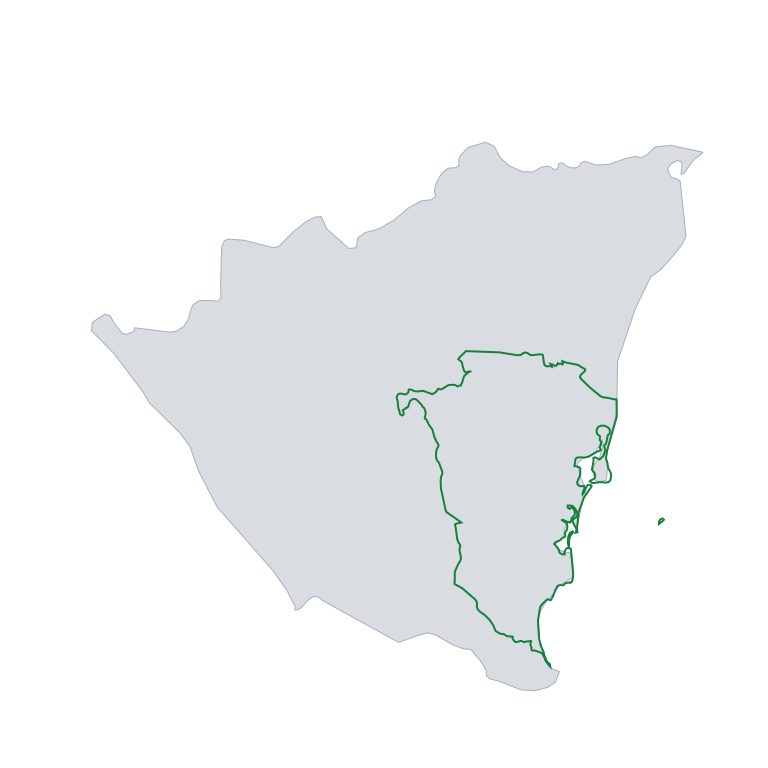 location of Atlántico Sur within Nicaragua, rotated 9°
{"feature_id": "NIC-644", "entity_name": "Atlántico Sur", "entity_type": "Autonomous Region", "adm_level": 1, "iso_a3": "NIC", "parent_name": "Nicaragua", "parent_adm1": "", "projection": "orthographic", "projection_center": [-84.133, 12.113], "detail": "fine", "context": "in_parent", "style": "outline", "palette": "green", "viewbox_px": 768, "rotation_deg": 9, "n_neighbors": 0, "source": "natural_earth", "source_scale": "10m", "svg_char_len": 8325}
<svg xmlns="http://www.w3.org/2000/svg" viewBox="0 0 768 768"><g transform="rotate(9 384 384)"><path d="M662.7,105.2L659.2,110.0L655.3,113.2L647.3,128.9L644.5,130.3L643.9,118.7L639.0,117.2L633.4,121.4L630.3,127.3L635.2,135.1L639.6,135.2L644.8,137.3L659.2,190.9L656.2,200.5L647.5,215.5L639.1,228.2L630.8,236.1L620.5,270.0L611.2,325.0L618.1,374.4L614.8,420.1L617.8,430.9L618.7,444.3L611.8,446.8L607.8,446.4L603.8,438.1L604.2,430.9L608.4,422.3L610.0,410.8L608.1,404.8L604.0,417.9L596.8,423.8L592.1,425.9L587.5,432.5L592.4,445.0L598.7,454.2L600.7,460.8L598.5,468.6L597.1,495.3L594.8,494.5L592.5,490.9L585.9,490.7L585.1,501.5L585.6,507.5L580.0,512.1L578.0,516.8L582.6,520.0L587.7,522.0L594.0,521.5L599.2,534.7L600.8,545.5L588.8,555.4L584.8,563.7L578.0,573.6L574.2,583.4L573.1,590.5L577.7,612.7L586.0,628.5L592.9,638.5L602.2,640.7L600.1,651.3L593.1,658.0L580.4,663.6L566.5,664.6L543.7,659.4L534.3,658.7L530.7,655.9L529.6,650.7L523.1,642.9L511.1,632.5L504.2,633.2L493.0,631.0L474.3,623.8L465.6,623.0L453.2,629.0L438.8,636.9L404.0,624.4L379.7,615.6L357.7,607.6L351.9,604.5L347.1,605.1L342.9,609.2L338.1,616.5L336.6,618.6L334.0,620.6L331.2,621.1L331.1,617.6L320.4,603.1L303.4,585.6L238.5,531.6L214.8,499.4L202.2,476.3L190.1,464.2L155.2,439.4L147.2,429.5L112.8,396.4L86.5,376.9L86.3,368.7L97.3,358.7L102.7,359.2L108.4,366.6L117.7,375.0L122.1,375.1L128.7,371.3L128.9,367.5L164.5,366.3L170.9,364.2L177.4,358.2L180.8,349.9L181.4,341.7L182.8,336.0L188.6,330.4L199.0,328.7L207.0,328.2L209.5,324.4L207.2,312.1L203.2,282.1L202.3,273.7L203.9,267.5L207.1,265.3L222.9,263.9L252.6,266.7L258.4,264.9L270.5,248.0L281.7,235.6L289.6,230.0L295.8,228.4L303.0,239.5L328.0,255.6L332.2,254.6L334.7,253.8L335.5,251.5L335.1,244.2L341.5,237.5L354.5,231.6L367.7,221.1L380.9,206.0L392.3,197.2L402.0,194.6L405.7,190.5L403.4,184.9L404.2,176.9L408.1,166.6L413.8,160.7L421.1,159.1L424.0,155.8L422.5,151.0L424.0,145.6L430.6,136.9L446.5,129.4L455.6,131.9L463.1,142.1L473.7,148.9L487.5,152.6L498.2,151.3L505.8,145.0L512.6,143.1L518.7,145.6L521.9,144.1L522.3,138.8L525.4,137.6L531.4,140.5L536.6,141.2L541.3,139.8L543.1,137.3L544.0,134.6L547.4,132.6L559.3,134.6L572.7,131.5L587.4,123.4L597.2,119.8L602.1,120.7L607.9,116.6L614.6,107.5L630.0,103.4L662.7,105.2Z" fill="#d9dde1" stroke="#a8b0b8" stroke-width="1"/><path d="M616.1,362.8L619.0,379.8L614.8,414.5L614.8,422.2L615.2,423.4L617.1,427.2L618.3,431.4L621.9,436.4L622.8,439.7L622.5,443.7L621.1,445.8L618.5,446.7L614.4,446.9L611.2,447.5L608.0,448.7L605.0,449.2L602.5,447.8L603.4,446.8L606.1,445.0L606.9,444.1L607.0,442.6L606.5,440.5L605.7,438.7L602.8,436.2L603.0,427.6L602.4,424.3L603.1,424.0L603.4,423.5L604.2,423.5L608.7,424.9L611.9,420.8L612.9,414.9L611.3,410.9L611.2,409.9L612.4,408.7L612.8,406.9L613.0,399.6L614.3,398.2L614.7,397.3L614.3,393.8L611.8,391.7L608.4,390.8L605.1,391.1L602.4,392.7L601.3,395.1L601.4,397.8L602.4,400.1L605.2,401.6L605.5,401.9L605.7,404.5L605.9,405.4L606.5,406.3L607.0,406.7L607.5,407.2L607.7,408.6L607.7,410.8L607.4,411.7L606.8,412.7L607.3,413.3L608.6,415.4L604.6,417.8L597.8,423.5L593.7,425.3L588.1,425.9L585.8,426.7L584.9,428.4L584.9,435.2L585.0,435.4L585.5,435.1L586.6,435.2L588.2,435.5L589.2,435.5L590.1,435.7L591.1,437.0L592.0,442.8L591.5,445.6L590.6,448.3L590.1,450.8L591.1,453.2L593.5,454.3L597.5,453.5L598.2,455.5L598.1,456.8L597.4,459.4L597.3,460.9L597.5,461.7L598.1,460.5L600.1,453.8L600.9,452.1L602.1,451.4L604.6,451.7L605.1,452.7L599.2,464.8L596.3,480.4L597.3,497.2L598.3,500.1L597.4,500.6L596.4,501.0L597.0,498.3L596.0,496.0L592.8,492.0L591.5,488.7L592.6,487.3L594.4,486.0L595.5,482.9L594.8,480.7L593.1,478.1L590.8,475.9L588.4,474.8L584.5,475.2L584.7,477.2L586.8,478.4L588.4,476.6L589.4,476.6L591.6,478.9L592.4,480.2L592.8,482.0L592.4,484.2L590.4,487.0L590.2,489.2L589.5,491.7L587.2,491.7L581.9,490.1L581.2,490.6L582.8,491.5L585.9,492.8L586.7,493.8L587.2,495.2L587.5,496.9L587.6,498.6L587.3,499.8L586.2,502.2L585.9,503.2L586.1,503.9L586.6,504.7L586.9,505.5L586.7,506.4L586.0,507.2L584.7,507.8L584.2,508.2L581.8,511.3L581.1,511.7L580.0,512.1L578.7,513.1L577.6,514.3L577.1,515.4L578.8,516.6L580.8,518.4L582.6,520.5L583.7,523.0L584.6,523.7L585.9,524.1L587.2,524.3L589.1,524.1L589.2,523.5L588.7,522.6L588.5,521.6L589.4,519.1L590.1,517.7L591.2,517.2L593.4,517.1L594.6,518.2L600.6,542.2L600.9,546.8L600.8,548.5L600.7,549.5L600.2,550.3L599.2,551.3L598.9,550.9L597.1,551.3L595.3,551.9L595.2,552.2L594.1,552.6L592.9,554.5L591.7,554.9L590.1,555.0L588.9,555.2L587.8,555.7L586.8,556.7L585.5,560.7L584.2,566.9L582.5,571.5L579.8,571.1L579.0,571.1L574.9,576.4L573.7,578.4L573.0,580.6L573.1,593.9L577.0,611.2L579.8,618.0L583.7,624.0L584.9,627.3L588.0,632.2L589.1,633.2L591.5,634.7L592.4,637.2L590.2,635.5L586.8,631.9L585.0,628.8L582.6,625.7L581.9,625.1L580.9,624.8L575.8,623.8L574.4,623.7L573.4,623.7L572.6,624.1L572.2,624.1L571.7,623.9L571.2,623.2L571.0,622.7L570.9,621.3L570.7,620.6L570.0,619.9L569.5,619.0L569.3,617.9L569.5,615.5L569.5,615.1L569.3,614.8L568.9,614.8L567.1,615.6L565.2,615.9L563.0,617.0L562.0,616.9L560.7,616.4L559.9,616.3L559.0,616.5L558.5,616.6L557.0,617.5L555.9,617.8L554.8,618.4L554.3,618.3L553.6,618.0L552.3,616.9L550.9,615.5L550.8,615.2L550.7,614.8L550.8,613.7L550.4,613.5L549.6,613.4L545.5,613.9L543.9,613.4L541.8,612.5L540.6,612.3L539.8,612.3L538.4,612.5L537.8,612.4L535.7,611.7L534.4,611.0L534.0,610.9L533.6,610.9L533.0,610.6L532.4,609.8L529.8,605.5L528.6,604.0L525.0,600.3L519.9,596.6L513.8,593.5L512.6,592.6L511.5,591.4L510.5,589.4L510.3,587.7L510.2,586.1L509.4,584.3L507.4,582.3L493.4,573.6L484.9,570.4L484.4,565.3L483.5,560.3L483.5,558.6L483.9,556.0L485.7,549.7L487.0,546.7L487.3,544.2L486.0,540.1L484.6,536.7L484.4,533.3L484.6,531.7L484.3,530.9L483.5,530.0L482.4,529.1L480.5,525.6L477.2,514.3L476.3,512.6L476.1,511.6L477.1,510.7L482.1,508.7L465.7,500.7L464.8,499.4L456.7,478.7L455.1,470.9L454.9,466.5L455.7,463.6L455.3,461.6L450.8,453.5L450.0,452.7L449.1,451.9L448.2,450.9L447.3,449.3L446.6,447.2L446.1,442.9L446.3,440.7L446.6,439.1L447.4,437.3L447.5,436.5L447.3,435.7L446.5,434.3L444.8,432.6L442.1,428.5L439.3,422.2L438.6,421.0L434.9,417.5L431.8,413.0L431.1,412.3L429.7,411.6L429.5,410.6L429.8,408.5L429.7,406.1L429.1,404.4L428.0,402.3L427.3,401.4L426.5,400.7L425.3,400.1L424.3,398.5L423.7,398.2L420.0,395.3L417.6,394.0L415.2,394.1L412.7,396.3L412.1,397.9L411.6,401.5L411.0,403.5L410.7,403.4L409.6,404.1L408.7,404.9L408.7,405.3L408.3,405.5L406.6,407.1L407.9,409.3L408.0,411.2L407.0,412.2L404.8,411.5L401.5,404.4L400.5,399.9L400.0,398.5L398.8,395.9L398.6,394.7L398.9,393.4L399.4,392.4L400.2,391.5L401.3,390.9L403.2,390.8L404.6,391.0L406.2,391.1L407.4,390.6L408.9,389.3L409.3,388.1L409.3,386.0L409.8,385.4L411.0,385.2L412.1,385.4L414.4,386.1L415.8,386.3L417.4,386.2L419.2,385.9L422.7,384.9L423.9,384.7L431.5,386.1L433.2,386.6L433.7,386.0L435.3,385.0L436.1,384.2L437.4,382.3L438.3,380.1L440.9,380.6L443.8,378.6L446.5,376.0L448.4,374.7L449.9,374.6L452.3,373.9L454.1,373.8L455.7,374.3L456.5,374.8L457.1,374.9L458.5,373.9L459.2,373.6L459.8,373.7L460.1,373.6L460.4,371.6L461.1,369.9L461.2,368.0L462.0,363.6L462.6,362.5L465.3,359.5L466.8,358.3L466.4,358.3L465.7,358.4L464.0,359.4L463.3,359.5L462.4,359.5L462.1,359.4L461.5,359.0L460.8,358.0L458.9,354.1L458.0,351.3L457.0,350.0L456.5,349.6L454.9,348.9L454.0,348.0L453.5,347.7L454.3,346.1L459.8,338.7L492.9,334.7L510.7,334.7L513.2,334.3L514.8,333.8L516.4,332.0L517.7,331.2L518.7,330.8L519.5,330.8L520.5,330.9L521.2,331.1L522.0,331.5L522.9,332.0L524.4,332.5L525.6,332.4L533.3,330.3L535.1,330.1L536.1,330.3L536.4,331.0L538.9,338.7L539.4,339.7L540.1,340.5L540.9,340.7L542.0,341.2L545.1,340.3L547.1,340.7L546.0,338.8L545.4,338.1L547.8,338.5L549.8,339.3L551.3,339.0L552.4,336.2L553.2,336.8L553.8,336.9L555.0,336.2L555.8,336.2L557.0,336.9L557.5,336.3L557.4,335.0L556.6,333.5L558.0,333.7L558.5,334.1L560.4,334.3L570.8,334.7L573.3,335.0L574.6,335.6L575.6,336.2L576.9,336.7L579.1,337.4L580.1,337.9L580.6,338.5L580.5,339.2L580.2,340.0L579.7,340.7L577.3,343.7L576.9,344.5L576.6,345.2L576.5,346.0L576.6,346.7L577.0,347.2L577.5,347.8L587.2,354.8L599.8,362.2L602.1,362.9L607.4,362.7L613.8,363.1L616.1,362.8ZM591.2,514.4L590.2,510.9L589.9,506.1L590.8,502.0L593.5,500.1L593.8,500.3L593.9,500.5L593.8,501.0L593.0,502.3L592.1,504.5L591.4,506.8L591.2,509.0L592.0,513.8L592.0,515.5L591.2,514.4ZM677.5,479.3L677.2,476.4L678.4,474.1L680.2,473.2L681.7,474.3L681.2,475.2L677.5,479.3Z" fill="none" stroke="#15803d" stroke-width="2"/></g></svg>